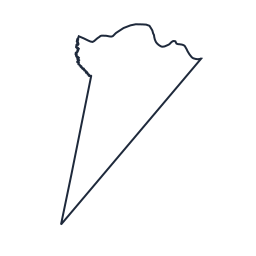 Puerto Nariño, Amazonas, Colombia, rotated 188°
{"feature_id": "7082276B14998951172946", "entity_name": "Puerto Nariño", "entity_type": "district", "adm_level": 2, "iso_a3": "COL", "parent_name": "Colombia", "parent_adm1": "Amazonas", "projection": "albers", "projection_center": [-70.424, -3.539], "detail": "fine", "context": "isolated", "style": "outline", "palette": "slate", "viewbox_px": 256, "rotation_deg": 188, "n_neighbors": 0, "source": "geoboundaries", "source_scale": "gbopen_adm2", "svg_char_len": 4738}
<svg xmlns="http://www.w3.org/2000/svg" viewBox="0 0 256 256"><g transform="rotate(188 128 128)"><path d="M189.5,212.0L189.8,210.6L189.7,210.3L189.7,210.1L190.0,209.7L190.4,209.4L190.5,209.2L190.4,209.0L190.2,208.9L189.9,208.8L189.7,208.6L189.6,208.4L189.7,208.1L189.8,208.1L190.1,208.4L190.3,208.5L190.5,208.4L190.7,208.2L190.7,207.7L190.7,207.4L190.8,206.8L190.7,206.4L190.4,206.0L190.0,206.0L189.8,206.2L189.6,206.2L189.5,205.9L189.4,205.8L189.3,205.7L189.3,205.3L189.6,205.2L189.8,205.0L189.8,204.9L189.7,204.8L189.3,204.6L189.0,204.6L188.9,204.5L188.8,204.4L188.9,204.2L188.8,203.9L189.0,203.4L189.3,203.3L189.2,203.8L189.3,203.9L189.4,204.0L189.5,203.9L189.9,203.8L190.3,203.8L190.4,203.6L190.4,203.4L190.6,203.1L190.7,202.9L190.6,202.6L190.5,202.3L190.5,202.1L190.6,201.8L190.6,201.4L190.7,201.2L190.7,200.9L190.6,200.7L190.1,200.4L189.9,200.3L189.7,200.1L189.6,200.3L189.5,200.5L189.4,200.8L189.2,200.7L189.3,200.4L189.3,200.2L189.1,200.1L188.5,200.1L188.2,200.0L188.1,199.9L188.3,199.7L188.0,199.4L187.9,199.4L188.0,199.0L188.1,198.6L188.3,198.5L188.6,198.7L188.8,198.6L188.8,198.1L188.6,197.9L188.6,197.7L188.9,197.5L188.9,197.3L188.8,197.2L188.7,197.3L188.4,197.4L188.5,197.1L188.4,196.8L188.4,196.7L188.5,196.6L188.8,196.6L189.0,196.3L189.1,196.0L189.2,195.8L189.4,195.7L189.7,195.7L189.8,195.6L190.1,195.3L190.2,195.2L190.2,194.9L189.9,195.1L189.4,195.2L189.2,195.1L189.3,194.9L189.4,194.7L189.5,194.4L189.6,194.1L189.6,193.7L189.9,193.4L189.8,193.1L189.7,192.9L189.6,193.0L189.4,193.1L189.4,193.4L189.3,193.5L189.1,193.5L189.0,193.3L188.9,193.2L189.0,192.9L188.9,192.5L189.2,191.9L189.2,191.7L188.7,191.2L188.4,191.2L188.1,191.5L187.9,191.5L187.9,191.4L188.0,191.2L188.1,190.8L188.0,190.7L187.9,190.4L187.9,190.0L187.8,189.8L187.8,189.7L187.7,189.7L187.5,189.8L187.5,190.1L187.7,190.3L187.6,190.5L187.0,190.6L186.9,190.7L186.8,190.8L186.7,190.9L186.4,190.7L186.5,190.3L186.6,190.2L187.1,189.9L187.3,189.6L187.4,189.3L187.4,188.9L187.2,188.4L187.0,188.2L186.8,188.1L186.7,188.1L186.1,188.5L185.9,188.5L185.8,188.4L185.9,188.2L186.3,187.9L186.5,187.6L187.0,187.2L187.2,186.9L187.5,186.7L187.5,186.3L187.2,186.0L186.9,186.0L186.8,185.9L186.7,185.8L186.5,186.1L186.8,186.2L186.9,186.3L186.7,186.6L186.3,186.7L186.1,186.7L186.1,186.4L186.2,186.2L185.9,186.0L185.8,185.9L185.9,185.7L186.0,185.5L186.1,185.3L186.1,185.1L185.9,184.8L185.7,184.7L185.5,184.4L185.6,184.2L185.0,184.1L184.6,183.8L184.5,183.6L184.5,183.3L184.2,183.3L184.1,183.2L184.0,182.9L183.7,182.6L183.6,182.4L183.3,182.5L183.2,182.8L182.9,182.7L182.8,182.3L182.9,182.2L183.1,182.1L183.1,181.9L183.0,181.7L182.9,181.6L182.1,181.6L181.9,181.6L181.7,181.4L181.7,181.1L181.5,180.8L181.6,180.6L181.4,180.4L181.1,180.4L180.9,180.6L180.7,180.6L180.8,180.3L180.8,180.2L180.6,180.0L180.4,180.0L180.2,180.1L180.1,180.4L180.1,180.5L179.9,180.4L179.9,180.2L179.5,179.9L179.5,179.3L179.4,179.0L179.2,179.0L178.7,179.1L178.4,179.1L178.2,178.9L178.2,178.5L177.9,178.0L177.8,178.3L177.6,178.3L177.3,178.1L177.1,178.1L176.8,177.8L176.7,177.8L176.6,177.5L176.5,177.4L176.2,177.2L176.4,177.0L176.4,176.9L176.4,176.7L176.1,176.6L176.0,176.4L175.8,176.3L175.6,176.3L175.4,176.2L175.4,175.9L175.2,175.8L175.2,175.5L174.9,175.5L174.7,175.5L174.3,175.5L174.2,175.3L174.3,175.2L174.3,174.8L174.2,174.7L174.1,174.8L174.0,175.1L173.9,175.1L173.8,174.9L173.9,174.5L173.9,174.3L173.5,174.3L173.3,174.1L173.1,174.1L172.9,174.2L172.8,174.4L172.6,174.4L172.3,174.6L171.9,174.6L171.7,174.4L177.6,73.7L180.9,23.1L65.2,206.9L65.5,206.9L66.6,206.3L66.9,206.2L68.7,205.8L69.2,205.8L70.3,205.8L70.6,205.8L72.9,206.1L73.2,206.2L73.7,206.4L74.6,206.9L75.2,207.4L77.4,209.5L79.7,212.3L80.6,213.7L81.3,214.7L81.8,215.3L82.8,216.6L83.0,216.9L83.7,217.4L84.1,217.6L84.7,217.8L85.6,218.0L86.5,218.1L87.5,218.1L89.2,218.1L90.0,218.0L90.7,218.1L91.3,218.2L91.5,218.3L91.8,218.4L92.1,218.8L93.0,220.2L93.1,220.4L93.5,220.5L94.4,220.5L94.9,220.5L95.3,220.3L95.7,220.2L95.9,220.0L96.4,219.6L97.0,219.0L97.9,217.8L98.6,216.8L99.8,215.9L102.4,214.3L102.9,214.0L103.6,213.7L104.4,213.5L105.1,213.3L105.7,213.3L106.2,213.3L106.6,213.4L108.1,214.0L109.3,214.6L110.9,215.7L112.1,216.8L112.8,217.8L113.8,219.5L114.7,221.8L115.0,223.0L115.2,223.5L115.4,224.0L115.8,224.5L116.3,225.2L116.4,225.5L117.2,227.3L117.4,227.8L117.9,228.5L119.1,230.0L121.0,232.2L124.4,232.9L128.2,232.6L134.8,231.8L139.8,230.0L146.3,226.4L152.6,220.9L153.1,220.4L153.4,220.1L154.5,218.6L155.4,217.4L155.7,217.0L156.1,216.7L156.6,216.5L157.0,216.3L157.7,216.2L158.7,216.1L162.3,216.3L166.1,215.9L166.8,215.8L167.4,215.6L168.0,215.3L168.4,215.0L168.6,214.7L169.0,214.2L169.3,214.0L170.5,212.9L171.1,212.3L173.6,209.4L174.4,208.8L175.1,208.3L177.2,208.4L179.4,209.0L184.3,210.6L189.5,212.0Z" fill="none" stroke="#1e293b" stroke-width="2"/></g></svg>